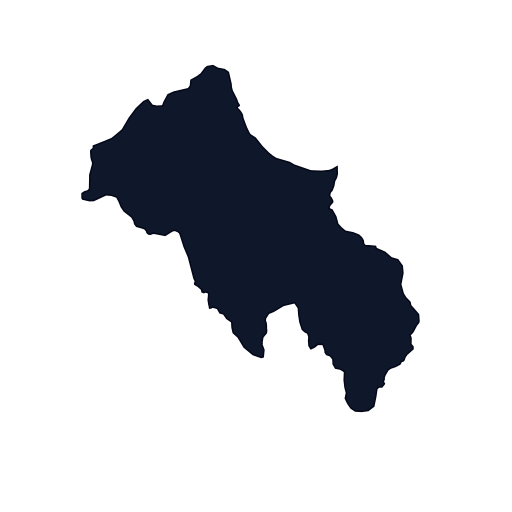 map outline of Manawatu-Wanganui (Mercator projection), rotated 150°
{"feature_id": "NZL-3334", "entity_name": "Manawatu-Wanganui", "entity_type": "Regional Council", "adm_level": 1, "iso_a3": "NZL", "parent_name": "New Zealand", "parent_adm1": "", "projection": "mercator", "projection_center": [175.592, -39.627], "detail": "fine", "context": "isolated", "style": "filled", "palette": "ink", "viewbox_px": 512, "rotation_deg": 150, "n_neighbors": 0, "source": "natural_earth", "source_scale": "10m", "svg_char_len": 3295}
<svg xmlns="http://www.w3.org/2000/svg" viewBox="0 0 512 512"><g transform="rotate(150 256 256)"><path d="M188.1,428.9L191.6,417.5L193.0,414.6L194.0,411.2L194.5,401.7L195.2,397.9L195.2,397.0L195.1,395.9L195.1,395.0L195.6,394.6L196.5,394.6L197.7,394.3L198.5,393.8L197.7,391.2L197.3,388.7L197.2,386.2L197.4,384.8L198.5,381.8L200.1,372.2L200.6,365.6L200.4,363.9L199.6,362.4L197.6,358.5L196.0,347.6L193.6,338.6L191.9,334.2L189.9,330.4L180.2,320.3L177.6,315.7L166.0,302.3L157.1,296.7L150.0,293.4L146.7,292.8L141.1,292.8L144.6,286.4L147.2,283.7L150.4,281.7L153.6,277.9L157.3,274.9L160.1,273.9L162.3,271.2L161.9,268.9L162.0,265.7L162.5,264.5L163.8,263.9L166.7,263.0L169.1,260.8L168.2,259.3L167.1,257.9L167.2,250.2L169.2,242.7L168.1,237.8L166.3,232.8L160.4,227.6L156.6,222.8L155.5,219.4L155.4,215.8L156.1,214.2L156.7,212.5L156.1,210.1L153.5,208.7L147.7,204.6L148.1,202.4L142.5,194.8L139.7,186.7L135.1,181.9L134.3,174.3L137.3,167.8L144.9,159.0L147.3,149.8L147.2,145.1L145.7,139.1L146.8,135.8L145.7,130.4L144.5,124.1L147.3,118.3L147.8,117.7L148.5,117.0L151.2,116.0L153.4,114.7L157.8,111.9L162.6,110.3L162.5,108.8L162.8,107.4L166.0,102.1L165.4,99.0L166.5,97.0L174.4,95.4L177.3,94.1L180.0,91.8L181.4,91.5L182.8,92.2L183.9,91.3L185.4,90.4L190.5,90.6L195.6,91.6L198.7,91.3L203.8,88.4L206.0,86.5L206.5,85.3L207.2,84.6L208.5,83.9L208.7,81.1L212.5,79.6L215.0,81.1L217.7,80.6L222.4,74.6L229.1,67.0L236.1,66.1L242.2,68.6L247.5,72.1L249.8,76.8L250.2,81.6L250.2,83.8L249.8,88.1L246.1,92.2L244.6,97.7L241.7,104.4L237.2,111.5L239.5,115.9L243.2,119.1L243.2,123.8L240.9,128.3L241.6,132.4L244.1,135.3L244.3,137.9L243.3,140.0L242.2,146.0L246.7,148.6L250.8,147.9L254.9,148.2L255.0,151.7L252.8,156.3L250.6,159.5L249.8,163.3L251.5,165.9L252.6,169.2L251.0,176.8L248.3,183.7L245.3,189.8L245.8,196.2L256.9,199.5L268.5,199.3L273.8,200.0L278.8,197.4L280.3,195.5L280.8,192.9L281.9,190.4L283.2,188.2L284.1,186.0L285.6,184.2L290.7,182.3L294.1,178.1L294.4,177.2L295.1,176.7L296.1,170.7L300.2,165.0L302.2,165.5L307.9,172.1L311.9,183.0L312.1,194.7L314.1,200.9L312.6,205.8L310.0,211.0L312.6,216.5L313.0,222.0L315.7,224.8L315.6,229.9L318.2,232.6L319.5,233.6L320.7,233.5L321.6,233.8L322.2,234.0L322.1,234.6L321.6,235.5L321.2,237.2L319.3,242.0L317.1,245.0L315.9,246.9L315.7,247.9L316.3,248.7L318.1,250.4L319.4,250.3L320.7,251.8L319.9,254.3L321.3,258.6L323.2,262.1L322.7,263.2L321.6,263.5L321.0,265.4L320.9,267.6L315.0,288.9L313.6,300.0L310.8,312.7L310.7,314.0L311.2,315.9L313.5,318.9L316.1,319.6L324.4,319.3L332.0,325.9L333.8,327.2L335.9,327.5L336.9,327.9L337.9,328.5L338.7,330.5L338.3,332.7L338.8,335.2L340.3,337.0L344.6,341.4L345.0,344.5L344.1,347.3L344.1,351.8L347.7,360.7L348.1,365.9L347.3,371.6L347.1,376.6L350.8,380.9L355.3,384.0L368.9,385.2L372.6,387.2L377.7,392.0L377.6,393.3L375.4,397.1L372.3,397.3L369.1,396.5L366.6,397.3L359.2,409.5L351.6,417.1L350.5,419.2L350.3,420.9L349.8,422.9L349.1,424.7L346.6,429.6L345.7,430.2L343.6,430.4L342.7,431.1L341.8,432.6L329.9,430.8L322.0,429.8L315.2,430.9L308.7,432.1L296.9,438.8L286.1,443.5L276.0,445.9L271.5,445.5L270.5,438.3L267.0,435.3L261.9,432.7L258.5,435.4L251.5,439.7L245.0,439.0L230.9,434.7L227.7,436.2L224.4,440.8L220.9,440.7L217.3,440.7L212.5,441.2L206.0,444.0L203.5,444.4L198.1,442.4L195.3,437.7L190.1,433.2L188.1,428.9Z" fill="#0f172a" stroke="#020617" stroke-width="1.5"/></g></svg>